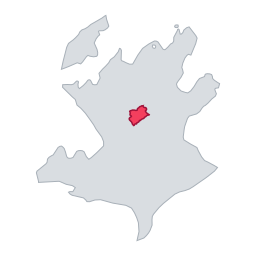 location of Barda District, Bərdə, Azerbaijan, rotated 90°
{"feature_id": "54616110B76249555634218", "entity_name": "Barda District", "entity_type": "district", "adm_level": 2, "iso_a3": "AZE", "parent_name": "Azerbaijan", "parent_adm1": "Bərdə", "projection": "orthographic", "projection_center": [47.218, 40.364], "detail": "fine", "context": "in_parent", "style": "filled", "palette": "rose", "viewbox_px": 256, "rotation_deg": 90, "n_neighbors": 0, "source": "geoboundaries", "source_scale": "gbopen_adm2", "svg_char_len": 4473}
<svg xmlns="http://www.w3.org/2000/svg" viewBox="0 0 256 256"><g transform="rotate(90 128 128)"><path d="M182.4,217.5L181.2,217.5L172.8,219.6L171.1,219.0L163.7,209.9L162.2,208.9L159.1,208.5L157.3,207.0L155.8,204.6L154.9,202.8L147.4,197.9L146.3,196.0L146.1,194.4L147.2,193.0L148.5,191.8L152.1,190.5L156.3,189.4L157.6,188.6L158.3,187.2L158.2,185.1L157.5,183.0L151.4,179.3L150.7,177.7L150.5,175.6L150.8,173.5L151.8,171.9L156.7,169.6L159.3,167.2L157.6,164.7L152.3,158.8L145.9,152.4L141.7,152.4L136.9,154.3L129.2,159.9L124.9,162.3L119.3,166.2L113.2,170.6L108.2,175.2L105.1,179.0L99.5,180.7L96.7,183.9L87.3,193.4L84.7,193.3L84.5,188.5L84.7,184.7L84.1,182.5L81.1,179.5L81.1,178.2L81.9,177.5L84.2,178.0L87.2,177.8L88.6,176.6L85.5,172.7L82.7,170.0L80.3,168.2L79.8,167.2L79.8,166.4L80.3,165.5L84.4,163.4L84.8,161.4L84.6,159.2L78.1,155.9L73.3,157.0L69.0,153.3L66.2,150.4L62.8,147.3L59.7,145.6L56.8,141.7L51.7,137.7L48.4,136.5L48.5,135.9L49.1,135.2L50.5,134.6L59.7,134.9L60.8,134.2L61.4,132.5L62.7,130.0L64.2,126.4L64.1,123.3L55.0,118.1L48.4,113.4L44.0,107.2L41.0,101.6L41.1,99.7L42.0,98.0L49.2,93.0L49.7,91.7L49.6,90.8L47.1,88.1L44.0,85.4L43.0,83.4L41.1,82.3L37.3,82.2L30.7,78.7L29.3,78.3L29.0,77.7L29.4,77.0L34.1,75.8L34.1,74.7L32.7,73.2L30.0,72.1L27.7,69.3L26.9,66.9L35.6,60.2L38.1,58.9L43.6,60.3L55.1,65.1L54.3,67.6L55.4,69.1L58.1,71.1L63.1,73.2L67.5,74.2L69.7,73.4L73.0,72.7L77.3,75.0L81.3,78.0L83.2,79.2L84.3,79.5L87.3,78.6L91.0,74.9L92.5,70.4L92.9,68.2L90.8,65.2L86.5,61.9L81.6,59.0L78.5,56.5L76.6,51.5L74.6,50.9L74.0,50.3L73.7,48.6L73.9,46.2L74.6,44.4L76.5,43.6L78.5,43.4L80.3,41.6L82.6,38.2L83.6,36.4L87.8,37.5L88.3,40.5L89.1,41.2L90.8,40.8L93.8,39.6L96.1,40.6L99.0,44.2L103.2,48.1L105.4,50.7L106.3,52.4L108.4,54.2L111.5,56.2L113.9,59.4L116.1,66.8L118.4,68.5L126.4,71.3L129.2,71.8L137.1,72.8L139.9,72.1L143.9,65.7L147.5,59.1L150.8,57.7L156.9,54.4L160.6,51.4L162.1,48.1L165.4,42.0L167.5,38.5L171.1,41.5L177.5,49.7L186.7,62.9L189.0,66.7L190.6,71.1L191.9,76.4L194.1,81.1L203.5,92.7L207.6,97.0L214.2,102.5L216.5,103.7L219.6,104.0L225.1,103.9L230.3,105.9L232.9,107.4L235.6,109.6L238.0,112.1L240.6,119.0L231.6,117.0L222.7,117.6L217.6,119.3L212.8,121.5L208.1,124.5L205.3,130.2L203.1,143.2L199.7,155.5L200.0,161.1L201.7,166.5L201.6,169.1L200.0,170.2L197.9,172.5L195.3,183.8L194.0,186.0L192.2,187.5L191.6,186.1L191.7,183.2L187.6,180.7L185.6,183.7L184.3,189.8L181.4,196.4L181.3,197.6L182.4,217.5ZM48.0,102.9L48.4,101.2L47.3,100.4L46.1,100.3L45.1,101.2L45.0,103.3L46.4,103.7L48.0,102.9ZM17.3,153.0L15.9,151.1L15.4,150.1L19.4,149.4L26.1,147.2L27.9,148.4L29.8,150.9L30.7,153.0L30.8,156.9L31.5,157.5L34.8,156.3L36.2,157.9L38.7,159.8L43.0,161.8L49.3,159.0L52.4,158.3L54.9,158.4L56.3,159.3L56.8,162.4L56.2,166.1L55.4,168.1L56.7,169.6L61.8,173.3L63.9,175.3L62.8,178.8L66.5,187.3L67.8,190.6L69.3,194.6L61.4,192.9L47.3,189.3L43.4,187.5L39.8,182.7L37.7,180.4L34.5,177.4L31.9,176.2L29.9,174.1L28.8,171.1L27.2,168.4L24.4,165.1L18.1,154.1L17.3,153.0ZM27.4,80.8L26.5,81.4L25.2,80.8L24.9,79.4L25.0,78.0L26.3,77.7L27.4,78.2L27.6,79.4L27.4,80.8Z" fill="#d9dde1" stroke="#a8b0b8" stroke-width="1"/><path d="M105.7,113.0L105.8,113.5L105.8,114.3L106.4,115.1L106.4,115.5L106.6,116.1L107.1,116.7L107.6,117.1L107.9,117.4L108.2,118.0L108.7,118.5L109.5,118.7L110.1,118.8L110.3,119.2L110.4,119.7L110.4,120.5L110.2,121.1L110.1,121.9L110.1,122.7L110.1,123.8L110.6,124.7L110.7,125.6L111.0,126.0L111.4,126.3L112.3,125.9L112.7,125.8L113.5,125.8L114.0,126.0L114.7,126.0L115.1,125.9L115.4,125.6L115.8,124.9L116.2,124.6L116.7,124.9L117.2,125.4L117.4,126.0L118.3,126.7L118.9,126.8L119.7,126.6L120.3,126.2L120.7,125.7L121.3,125.2L121.7,124.7L122.3,124.3L122.8,124.1L123.1,123.9L124.1,123.6L124.5,123.2L125.1,122.7L125.5,122.5L125.4,121.9L125.0,121.6L124.1,121.1L123.8,120.3L123.9,119.5L123.6,119.3L122.8,119.1L122.5,118.4L122.4,118.1L122.1,117.6L122.0,117.4L121.6,117.0L121.0,116.8L120.5,116.5L120.5,115.6L120.0,115.2L119.4,114.5L119.2,114.1L118.8,113.4L118.6,112.6L118.2,112.0L117.5,111.6L117.0,111.0L116.8,110.5L116.4,110.0L115.9,109.5L115.4,109.0L115.3,108.4L115.1,107.8L115.0,107.0L114.7,106.8L114.5,107.1L114.2,107.6L113.9,108.0L113.6,108.4L113.3,108.9L113.1,109.1L112.8,109.5L112.6,109.7L112.2,109.9L111.9,110.1L111.7,110.3L111.4,110.5L110.7,110.5L110.4,110.2L110.2,109.8L109.6,109.5L109.2,109.4L108.6,109.6L108.4,109.6L108.1,109.9L107.9,110.0L107.7,110.3L107.6,110.6L107.5,110.9L107.5,111.5L107.2,112.2L106.9,112.5L106.4,112.9L105.9,113.1L105.7,113.0Z" fill="#f43f5e" stroke="#9f1239" stroke-width="1.5"/></g></svg>